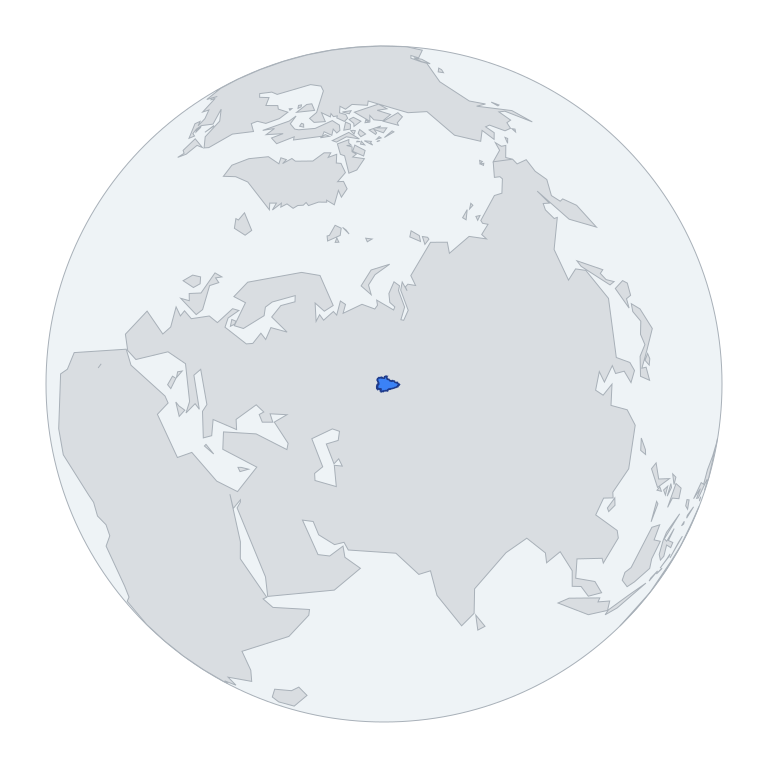 Kurgan on an orthographic globe
{"feature_id": "RUS-2380", "entity_name": "Kurgan", "entity_type": "Region", "adm_level": 1, "iso_a3": "RUS", "parent_name": "Russia", "parent_adm1": "", "projection": "orthographic", "projection_center": [64.14, 55.502], "detail": "fine", "context": "on_globe", "style": "filled", "palette": "blue", "viewbox_px": 768, "rotation_deg": 0, "n_neighbors": 0, "source": "natural_earth", "source_scale": "10m", "svg_char_len": 14721}
<svg xmlns="http://www.w3.org/2000/svg" viewBox="0 0 768 768"><circle cx="384" cy="384" r="338" fill="#eef3f6" stroke="#a8b0b8"/><path d="M405.1,46.7L407.1,46.9L422.3,50.2L418.6,57.9L410.9,55.5L410.9,58.2L420.5,61.6L426.8,63.3L439.8,81.8L469.3,101.0L485.5,104.0L476.6,106.2L511.9,110.6L532.3,121.9L504.9,111.2L498.9,111.9L510.6,120.1L506.9,122.7L510.5,128.3L505.0,130.8L489.5,125.1L485.6,126.8L494.2,132.7L494.1,139.4L482.1,130.4L480.7,141.3L454.5,135.2L426.9,111.6L408.0,112.7L368.2,101.0L367.5,105.3L352.0,104.4L345.5,109.2L340.0,106.3L339.5,112.8L345.8,114.6L347.7,118.2L344.4,121.4L336.8,117.9L337.3,115.9L333.4,116.6L331.0,113.6L330.3,116.9L321.5,112.7L325.3,121.6L314.1,122.4L309.6,118.4L316.6,112.5L323.4,90.9L321.0,86.1L310.6,84.6L277.2,94.4L271.8,92.1L259.7,93.6L259.6,97.3L269.0,97.6L265.9,105.5L277.8,105.6L278.3,109.1L287.9,112.2L279.4,118.6L265.8,123.4L257.4,121.3L251.3,123.6L253.5,131.5L232.4,134.1L208.8,147.6L204.1,147.9L205.2,136.8L219.7,121.1L221.2,109.1L213.0,124.1L201.4,125.6L196.4,129.1L192.9,133.6L194.5,136.0L189.0,138.3L195.0,123.7L200.1,121.4L198.1,125.8L204.9,118.7L208.9,110.0L202.7,112.0L215.2,98.4L211.0,99.9L211.3,98.1L217.3,96.5L206.8,99.5L220.6,88.4L215.8,90.9L237.6,79.4L260.2,69.6L283.5,61.4L307.2,54.9L331.4,50.2L355.9,47.3L380.5,46.1L405.1,46.7ZM430.2,63.8L421.1,61.5L413.8,57.8L421.8,59.3L430.2,63.8ZM443.5,72.7L438.2,71.9L438.7,68.1L441.6,69.7L443.5,72.7ZM497.9,105.9L491.2,102.1L499.0,105.0L497.9,105.9ZM511.9,128.7L515.0,129.1L515.6,132.0L511.9,128.7ZM291.9,108.6L289.9,110.3L289.2,108.8L291.9,108.6ZM298.0,108.4L298.5,105.4L301.5,104.9L301.1,106.8L298.0,108.4ZM507.7,138.5L507.6,143.3L505.0,137.4L507.7,138.5ZM296.6,112.3L306.7,104.5L311.8,103.8L314.6,110.4L296.6,112.3ZM505.8,145.4L505.7,157.5L512.6,159.2L493.2,161.8L499.6,150.3L495.3,142.6L501.4,146.3L505.8,145.4ZM349.2,113.8L342.4,112.0L351.1,110.7L349.2,113.8ZM354.4,112.2L378.5,104.1L387.0,108.8L377.2,110.3L390.6,114.5L382.9,120.7L373.8,119.8L369.8,115.5L369.9,121.3L354.4,112.2ZM482.4,161.5L480.1,163.8L479.6,160.4L482.4,161.5ZM349.1,119.5L353.3,117.3L360.9,121.2L354.0,126.4L353.8,123.4L349.1,119.5ZM397.9,112.7L402.4,116.8L397.3,122.8L398.4,125.3L383.4,121.3L397.9,112.7ZM350.4,124.2L350.4,129.0L343.8,130.2L345.6,122.0L350.4,124.2ZM365.8,120.0L369.1,122.2L365.0,122.7L365.8,120.0ZM320.4,137.8L325.2,134.6L329.5,136.3L320.4,137.8ZM350.8,130.7L353.1,130.3L355.3,130.7L354.0,134.1L350.8,130.7ZM380.9,126.0L377.9,127.9L386.8,127.9L383.4,132.8L374.0,129.4L376.6,132.9L375.6,134.4L369.1,130.0L380.9,126.0ZM359.4,138.9L346.3,136.8L336.5,142.1L332.3,140.6L348.8,132.4L359.4,138.9ZM365.6,134.0L360.8,136.7L358.1,133.3L359.7,129.5L365.6,134.0ZM384.4,137.5L392.1,130.9L393.9,131.9L384.4,137.5ZM357.1,141.1L360.3,141.6L356.7,141.8L357.1,141.1ZM376.6,139.2L379.1,136.6L381.1,137.9L376.6,139.2ZM364.7,144.9L360.5,144.1L361.4,141.3L364.7,144.9ZM370.6,142.8L372.7,145.1L364.3,140.8L371.4,141.4L370.6,142.8ZM378.1,140.8L380.1,140.6L376.8,141.7L378.1,140.8ZM363.6,156.0L352.7,151.3L354.8,145.1L365.1,150.5L363.6,156.0ZM146.7,624.5L127.2,601.3L129.0,597.1L124.7,586.2L106.1,546.1L109.8,535.8L106.0,524.7L97.5,516.0L93.6,502.3L88.9,495.4L63.3,454.8L58.7,428.7L60.6,373.9L67.4,369.2L74.2,352.6L126.2,349.2L131.0,365.2L165.0,396.0L168.1,403.0L157.4,414.3L177.4,457.5L191.8,452.4L216.7,481.1L237.5,491.6L256.8,467.1L222.8,449.3L223.5,431.9L256.1,433.9L286.9,449.6L288.1,443.3L274.3,422.1L287.0,414.7L270.1,413.8L272.8,422.2L262.3,422.2L259.2,414.5L263.8,412.0L256.2,404.8L236.1,419.4L236.6,429.6L213.1,419.5L211.7,435.7L203.3,437.9L202.5,411.3L206.9,404.6L200.7,369.3L193.9,375.2L199.3,409.3L195.1,403.7L186.0,413.0L189.6,401.5L185.5,363.7L168.0,351.8L135.9,359.5L127.7,350.5L125.4,334.2L147.1,311.1L162.8,334.0L170.7,327.0L176.1,306.9L180.4,315.9L184.5,310.8L191.3,318.7L209.3,316.0L217.4,322.6L232.6,308.7L238.9,310.5L228.1,318.0L225.0,327.2L246.3,343.9L252.8,343.4L260.9,333.2L265.7,339.5L270.9,327.6L287.1,332.1L271.7,317.0L280.8,305.6L295.0,301.8L295.2,295.6L272.2,302.0L265.4,307.1L264.1,315.7L243.4,328.5L234.3,325.7L245.5,302.7L233.9,296.6L247.7,282.2L301.6,272.4L320.0,275.5L333.2,305.5L324.3,311.2L315.1,303.0L316.1,321.4L319.6,314.7L323.6,320.2L333.4,311.5L336.7,315.1L340.4,301.0L345.5,304.4L343.1,313.3L362.0,304.3L374.8,309.0L377.5,305.3L376.7,300.1L393.6,310.0L394.8,306.9L389.8,302.4L388.9,293.5L394.0,281.8L399.5,285.8L398.5,290.6L404.6,307.1L400.9,319.7L403.7,320.3L408.2,310.3L400.7,290.1L402.2,282.0L407.1,290.8L405.4,286.9L407.9,284.2L415.6,285.5L410.8,275.6L430.5,242.3L447.3,242.2L449.4,253.3L469.1,236.4L486.5,238.9L481.7,234.5L488.0,224.3L482.6,223.3L480.8,220.5L494.4,195.5L501.9,193.2L502.4,178.8L499.9,176.7L494.4,177.4L493.2,161.8L512.6,159.2L517.1,163.9L526.2,159.7L535.2,171.3L546.8,179.5L551.4,195.6L560.2,201.2L562.7,198.9L576.6,205.3L596.4,227.1L569.1,219.2L537.2,191.1L549.3,203.1L543.2,203.5L545.4,209.9L554.2,218.5L557.3,217.4L554.1,249.5L568.5,280.1L575.6,268.9L585.8,270.4L608.5,298.4L616.3,357.5L629.9,362.5L634.5,370.5L631.0,382.6L624.2,371.2L615.6,373.5L612.3,365.6L604.4,382.1L599.3,371.6L595.6,390.2L603.1,395.2L612.0,384.1L611.0,405.4L627.2,409.8L635.2,425.2L628.7,468.8L612.8,492.2L613.1,497.9L603.6,498.1L595.7,514.9L617.2,530.5L618.3,538.0L603.3,563.1L602.1,558.3L577.0,558.9L575.7,578.2L594.9,581.5L601.6,592.7L588.3,596.2L581.1,586.5L572.2,586.3L572.2,570.7L560.2,551.7L546.6,562.8L545.4,552.9L526.8,538.2L506.0,552.7L474.6,588.8L474.1,613.3L461.6,625.8L437.0,595.4L430.5,570.8L418.8,574.4L395.9,553.2L348.3,550.0L344.0,542.3L334.5,544.6L318.7,534.8L313.2,521.5L302.5,520.1L318.0,554.6L329.7,556.0L343.0,546.1L344.9,557.3L360.4,568.3L334.3,590.1L267.7,596.4L265.5,576.9L237.1,507.9L240.4,502.1L240.4,501.3L240.4,499.8L233.3,508.4L229.9,494.2L240.4,541.8L240.3,558.8L266.7,597.2L263.1,598.9L272.9,607.4L309.5,609.5L308.8,615.2L288.9,636.4L242.0,651.3L250.8,670.3L251.7,681.4L228.1,677.2L236.0,685.2L224.6,680.8L227.8,683.4L224.3,681.8L203.4,669.6L183.4,656.0L164.5,640.9L146.7,624.5ZM101.2,363.8L98.1,368.0L101.2,363.8ZM315.0,480.5L336.3,486.6L334.3,465.3L342.3,466.1L338.7,458.8L334.0,463.8L326.3,444.0L338.2,440.4L339.5,431.3L332.4,428.9L311.8,438.7L322.7,466.8L314.6,473.4L315.0,480.5ZM201.1,126.4L200.4,127.7L196.0,132.1L196.5,129.9L201.1,126.4ZM186.2,154.2L177.7,157.4L184.1,153.3L183.1,150.4L195.2,138.8L202.4,147.5L197.0,145.4L186.2,154.2ZM213.4,126.4L204.9,132.3L213.9,125.5L213.4,126.4ZM200.6,276.9L200.1,283.8L193.4,287.5L183.1,280.7L192.7,275.1L200.6,276.9ZM201.0,293.0L215.0,272.9L221.9,276.9L215.6,277.9L218.8,282.6L209.6,285.6L202.6,309.6L196.2,314.6L180.7,298.3L189.3,300.7L189.2,293.5L201.0,293.0ZM238.4,220.0L244.5,212.8L251.7,230.4L245.1,235.2L234.4,228.3L235.9,218.6L238.4,220.0ZM299.6,126.2L301.5,123.3L303.6,124.1L303.7,127.2L299.6,126.2ZM322.3,136.2L293.5,140.0L294.2,136.8L276.6,143.7L271.5,138.0L283.2,133.6L266.1,134.7L274.5,128.5L262.7,130.4L289.1,121.1L296.1,116.0L290.3,123.8L294.7,129.1L298.7,129.8L315.2,128.4L332.3,120.6L339.4,125.1L339.9,130.4L336.8,133.0L333.2,129.1L331.8,135.3L324.1,131.7L322.3,136.2ZM341.4,197.2L338.4,190.4L334.3,204.8L326.6,200.2L326.7,202.2L318.5,202.1L308.5,205.6L306.1,202.5L303.3,205.2L297.8,205.5L293.1,208.3L287.0,203.9L280.8,207.1L281.4,203.2L272.4,210.0L276.4,203.1L269.7,203.1L269.4,209.8L247.8,182.0L235.7,176.7L223.4,176.3L231.9,165.2L248.8,158.7L268.4,156.7L278.9,163.8L280.9,157.8L286.4,159.6L282.6,163.6L291.9,158.5L295.4,161.2L312.9,161.0L324.1,152.8L330.8,152.8L328.2,157.4L336.7,154.3L336.3,163.0L341.0,163.4L345.4,172.6L337.6,181.7L343.5,181.4L347.1,188.8L341.4,197.2ZM364.4,158.7L356.8,170.0L348.9,173.2L344.6,155.8L340.4,154.3L337.4,143.9L348.9,139.6L348.7,142.9L351.2,145.1L346.6,145.5L352.1,146.9L352.0,151.7L356.3,154.1L352.7,157.0L364.4,158.7ZM175.8,402.0L178.9,405.9L184.8,410.2L179.2,416.4L175.8,402.0ZM172.5,376.2L175.9,378.3L170.8,388.6L167.6,384.7L172.5,376.2ZM182.2,371.0L176.5,377.6L177.6,371.8L182.2,371.0ZM231.8,319.5L236.0,321.2L234.7,324.1L230.4,326.3L231.8,319.5ZM327.6,241.0L327.1,236.0L329.4,235.4L335.1,225.3L341.2,228.2L340.2,235.4L327.6,241.0ZM248.6,469.2L240.0,471.6L238.0,467.4L241.3,467.4L248.6,469.2ZM206.0,444.4L213.7,454.0L204.4,446.0L206.0,444.4ZM335.2,242.4L336.8,237.9L338.9,242.2L335.2,242.4ZM346.0,229.9L349.1,234.0L342.6,227.4L346.0,229.9ZM307.0,695.4L294.2,706.1L278.7,701.9L272.3,697.0L274.7,689.2L291.5,690.7L298.8,687.1L307.0,695.4ZM656.4,574.0L662.0,568.0L661.5,569.0L656.4,574.0ZM650.7,578.1L657.6,570.9L649.1,581.1L650.7,578.1ZM660.1,568.1L667.0,558.7L670.1,553.9L669.2,556.2L660.1,568.1ZM645.9,583.1L617.2,607.9L605.1,614.8L608.5,609.8L628.0,595.6L645.9,583.1ZM607.5,610.4L588.3,614.7L558.0,603.0L569.0,598.2L599.8,597.9L598.0,601.9L609.7,601.0L607.5,610.4ZM651.7,558.8L649.7,568.4L634.4,581.9L627.1,586.7L622.2,580.2L625.0,572.3L631.1,567.6L651.9,527.3L659.7,524.8L654.1,539.9L660.3,541.3L651.7,558.8ZM475.8,615.1L485.0,626.3L477.8,630.1L475.8,615.1ZM657.9,503.8L651.1,521.8L656.6,501.4L657.9,503.8ZM659.8,486.9L661.4,491.3L657.0,490.2L659.8,486.9ZM615.0,505.3L608.7,511.6L607.4,508.0L614.8,497.9L615.0,505.3ZM641.3,438.0L645.4,449.6L645.6,454.5L640.7,450.4L641.3,438.0ZM389.7,264.2L375.0,274.7L368.5,285.0L371.2,294.7L361.1,285.9L371.1,270.0L389.7,264.2ZM424.9,244.4L422.4,236.5L427.6,237.3L428.9,239.2L424.9,244.4ZM420.5,241.5L409.8,236.9L411.1,230.8L419.3,235.6L420.5,241.5ZM372.1,239.0L367.3,241.8L365.7,238.2L372.1,239.0ZM619.9,626.0L621.8,624.0L650.0,592.4L672.0,559.7L681.0,545.1L691.9,522.3L699.0,506.4L689.5,528.5L678.4,549.9L665.8,570.4L651.8,590.0L636.5,608.6L619.9,626.0ZM670.0,557.9L678.6,542.2L682.4,536.2L670.0,557.9ZM708.8,477.4L704.5,490.4L707.0,482.1L707.0,479.4L698.3,498.0L696.6,498.3L700.4,488.6L693.6,498.7L701.2,482.6L703.6,484.3L707.5,469.7L712.7,455.9L716.5,443.0L717.5,438.5L708.8,477.4ZM699.7,499.3L700.8,496.7L699.4,501.2L699.7,499.3ZM684.3,521.3L683.7,524.0L681.5,525.8L684.3,521.3ZM687.3,515.4L693.6,506.8L686.6,518.2L687.3,515.4ZM664.3,538.8L666.7,541.2L674.2,528.6L668.4,540.5L672.8,542.5L670.7,547.6L666.6,545.0L663.8,556.3L660.4,560.1L659.2,554.4L663.1,540.5L666.5,532.3L679.7,513.8L664.3,538.8ZM687.6,509.2L685.7,505.9L687.0,499.6L689.1,499.9L687.6,509.2ZM678.9,498.7L672.4,498.1L667.6,507.4L676.0,483.5L681.1,488.1L678.9,498.7ZM671.5,487.5L667.2,496.2L670.9,483.6L671.5,487.5ZM665.4,495.0L663.6,490.0L667.7,486.2L665.4,495.0ZM674.0,484.6L672.7,473.9L675.9,477.2L674.0,484.6ZM658.7,479.0L669.5,478.6L657.5,487.4L651.5,468.7L656.1,462.9L658.7,479.0ZM649.2,365.1L645.0,360.3L647.6,353.5L649.8,358.7L649.2,365.1ZM652.3,328.5L646.9,350.2L641.9,368.2L646.1,367.2L649.6,380.3L640.5,376.3L640.1,356.3L644.9,344.6L640.5,334.3L640.8,321.2L632.8,311.6L631.3,303.7L640.0,308.9L652.3,328.5ZM629.1,308.1L615.3,288.5L622.6,280.6L627.3,283.1L630.6,295.3L626.5,298.7L629.1,308.1ZM614.1,281.6L610.0,284.9L581.2,266.4L576.9,260.8L602.8,269.7L600.3,273.4L606.1,279.6L614.1,281.6ZM483.5,165.4L480.4,164.0L483.8,163.3L483.5,165.4ZM477.7,220.3L475.9,216.4L480.0,215.5L477.7,220.3ZM472.9,205.3L469.6,208.9L470.8,203.3L472.9,205.3ZM462.6,217.7L467.2,209.6L466.1,219.8L462.6,217.7Z" fill="#d9dde1" stroke="#a8b0b8" stroke-width="1"/><path d="M399.4,384.4L399.2,384.5L399.2,384.8L399.1,385.0L399.0,385.3L398.8,385.3L398.6,385.4L398.3,385.4L398.1,385.5L397.9,385.4L397.6,385.6L397.6,385.8L397.8,386.0L398.1,386.1L397.9,386.3L397.8,386.5L397.7,386.6L397.7,386.8L397.1,386.9L396.8,386.8L396.7,386.8L396.4,386.9L396.3,387.2L396.1,387.4L395.8,387.5L395.2,387.5L394.8,387.5L394.7,387.6L394.5,387.8L394.4,387.9L394.3,388.0L394.1,388.0L393.7,388.2L393.0,388.2L392.7,388.5L392.1,388.5L391.9,388.5L390.3,389.2L390.2,389.1L390.2,388.7L389.9,388.7L389.8,388.8L389.6,389.2L389.5,389.3L389.4,389.3L388.9,389.1L388.6,389.1L388.5,389.4L388.5,389.5L388.4,389.6L388.2,389.5L387.7,389.7L387.6,389.8L387.6,390.0L387.7,390.8L387.6,391.0L387.4,391.0L387.2,390.9L386.9,390.6L386.6,390.5L386.4,390.6L386.2,390.8L385.9,390.9L385.5,390.6L385.4,390.7L385.1,390.7L385.0,390.8L384.7,390.8L384.4,390.9L384.1,391.0L383.8,390.9L383.7,391.1L383.4,391.1L383.6,391.4L383.5,391.5L383.4,391.6L383.2,391.6L382.7,391.4L381.9,391.6L381.7,391.6L381.3,391.9L381.2,391.9L381.2,391.6L381.2,391.3L380.8,391.0L380.7,391.0L380.4,391.0L380.4,390.9L380.5,390.9L380.5,390.6L380.7,390.4L380.5,390.2L380.8,390.1L380.9,389.9L381.1,389.8L381.1,389.7L381.1,389.4L380.9,389.4L380.9,389.2L380.8,388.8L380.1,388.8L379.8,388.7L379.6,388.9L379.1,389.1L379.0,388.9L378.9,388.9L378.7,389.1L378.6,388.9L378.5,388.7L378.3,388.6L378.2,388.5L378.0,388.8L377.6,388.9L377.4,388.8L377.2,388.9L377.2,389.0L377.1,388.9L377.0,388.6L376.8,388.5L376.8,388.3L376.9,388.2L377.1,388.0L377.1,387.8L377.0,387.7L376.9,387.4L376.7,387.4L376.7,387.2L376.7,386.8L376.7,386.7L376.9,386.7L377.1,386.6L377.3,386.9L377.5,386.9L377.4,386.6L377.5,386.5L377.6,386.4L377.7,386.1L377.4,385.9L377.6,385.7L377.4,385.6L377.4,385.4L376.9,385.3L376.9,385.2L377.0,385.0L377.5,384.9L377.7,384.7L377.4,384.5L377.5,384.3L377.8,384.5L378.1,384.3L378.4,384.4L378.5,384.3L378.4,384.2L378.7,384.0L378.8,384.0L378.8,383.9L378.6,383.6L378.4,383.6L378.6,383.4L378.7,383.2L378.6,382.5L378.4,382.2L378.2,382.0L378.0,381.9L378.0,382.0L377.9,382.0L377.8,381.9L377.8,381.6L378.1,381.5L378.1,381.4L378.0,381.2L377.9,381.1L377.8,381.3L377.7,381.4L377.6,381.1L377.7,380.8L377.4,380.6L377.3,380.4L377.4,380.2L377.2,380.2L377.2,379.8L377.2,379.5L377.2,379.4L377.3,379.2L377.4,379.3L377.5,379.1L377.8,378.8L377.9,378.5L378.1,378.2L378.3,378.1L378.8,377.6L379.0,377.7L379.0,377.8L379.0,378.0L379.3,378.0L379.5,377.8L379.6,377.7L379.8,377.8L379.9,377.6L380.3,377.5L380.6,377.7L380.8,377.7L381.3,377.6L381.3,377.8L381.4,378.0L381.5,378.0L381.4,377.8L381.6,377.6L381.6,377.4L381.8,377.5L382.0,377.4L382.2,377.5L382.2,377.8L382.5,377.9L382.8,378.1L383.0,378.2L383.4,378.2L383.6,378.2L383.9,378.2L384.1,378.3L384.3,378.2L384.2,377.8L384.2,377.7L384.3,377.5L384.5,377.5L384.6,377.4L384.7,377.2L384.6,376.9L384.6,376.7L385.1,376.6L385.3,376.3L385.6,376.2L385.9,376.3L386.0,376.2L386.3,376.1L386.5,376.2L386.5,376.3L386.4,376.4L386.6,376.5L386.8,376.5L386.7,376.6L386.7,376.8L386.8,377.0L386.7,377.1L386.8,377.2L386.9,377.3L386.8,377.6L386.8,377.9L386.7,378.0L387.1,378.4L387.1,378.6L387.3,378.8L387.5,378.9L387.3,379.0L387.2,379.1L387.3,379.3L387.6,379.4L387.8,379.3L387.9,379.2L389.0,379.4L389.1,379.8L389.4,380.1L389.4,380.3L389.7,380.6L390.1,380.9L390.2,381.0L390.3,381.0L390.6,380.8L390.7,380.6L391.0,380.6L391.2,380.8L391.4,380.9L391.5,381.2L392.1,381.0L392.2,380.9L392.4,380.7L392.6,380.6L392.8,381.1L393.1,381.1L393.4,380.9L393.6,381.0L393.8,381.1L394.2,381.1L394.4,381.1L394.4,381.3L395.0,382.4L395.5,382.5L396.2,382.4L396.3,382.4L396.4,382.5L396.5,382.7L397.2,382.4L397.4,382.4L397.4,383.1L397.6,383.2L397.8,383.2L397.9,383.3L398.0,383.6L398.3,383.8L398.4,384.1L398.5,384.1L398.9,384.0L399.0,384.0L399.3,384.3L399.4,384.4Z" fill="#3b82f6" stroke="#1e3a8a" stroke-width="1.5"/></svg>